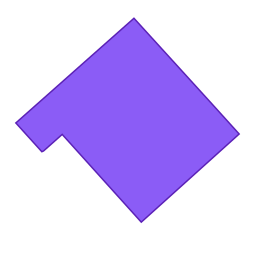 the district of Shelby, Missouri, United States of America, rotated 47°
{"feature_id": "52423323B55967272276048", "entity_name": "Shelby", "entity_type": "district", "adm_level": 2, "iso_a3": "USA", "parent_name": "United States of America", "parent_adm1": "Missouri", "projection": "mercator", "projection_center": [-92.119, 39.778], "detail": "fine", "context": "isolated", "style": "filled", "palette": "violet", "viewbox_px": 256, "rotation_deg": 47, "n_neighbors": 0, "source": "geoboundaries", "source_scale": "gbopen_adm2", "svg_char_len": 268}
<svg xmlns="http://www.w3.org/2000/svg" viewBox="0 0 256 256"><g transform="rotate(47 128 128)"><path d="M51.8,48.8L47.8,206.6L86.6,207.2L87.2,205.4L87.8,180.5L205.9,182.5L208.2,50.8L168.9,50.2L51.8,48.8Z" fill="#8b5cf6" stroke="#5b21b6" stroke-width="1.5"/></g></svg>